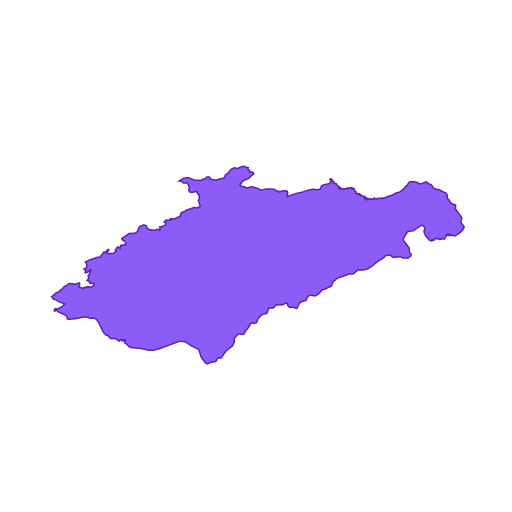 Khao Khitchakut, Chanthaburi, Thailand, rotated 76°
{"feature_id": "78962969B7346978747814", "entity_name": "Khao Khitchakut", "entity_type": "district", "adm_level": 2, "iso_a3": "THA", "parent_name": "Thailand", "parent_adm1": "Chanthaburi", "projection": "equal_earth", "projection_center": [102.068, 12.967], "detail": "fine", "context": "isolated", "style": "filled", "palette": "violet", "viewbox_px": 512, "rotation_deg": 76, "n_neighbors": 0, "source": "geoboundaries", "source_scale": "gbopen_adm2", "svg_char_len": 6106}
<svg xmlns="http://www.w3.org/2000/svg" viewBox="0 0 512 512"><g transform="rotate(76 256 256)"><path d="M164.6,312.4L165.7,310.0L167.8,308.5L168.0,306.6L168.9,305.2L170.6,304.4L172.1,304.5L173.7,303.9L175.8,305.5L177.7,304.9L178.5,303.8L179.0,302.1L178.7,299.8L179.0,298.1L181.3,297.6L182.2,297.0L182.6,296.2L183.5,296.7L186.3,296.9L188.1,298.5L193.8,298.1L194.4,298.5L195.1,301.8L194.0,304.0L193.8,305.1L194.3,307.3L194.5,312.0L195.7,314.6L195.7,317.7L196.6,318.2L197.4,319.4L198.8,319.6L199.1,320.3L200.3,326.6L199.5,328.3L199.8,328.8L199.2,330.1L200.0,330.0L200.6,330.7L199.4,333.9L200.0,334.8L199.8,335.4L200.9,336.9L202.1,335.5L203.9,336.2L204.8,339.8L204.5,342.4L207.8,342.8L207.9,343.3L206.4,344.6L206.2,346.4L207.0,346.9L204.5,353.3L202.7,354.8L200.2,355.0L199.3,356.2L198.7,357.6L199.1,361.3L200.2,362.7L203.7,365.4L204.3,366.4L204.5,369.4L203.4,373.3L206.6,382.1L208.3,381.7L209.6,379.8L213.3,379.3L213.3,382.6L212.9,384.4L213.8,384.1L213.8,385.3L215.9,386.1L213.8,387.6L214.0,388.6L216.3,391.1L217.8,390.5L218.6,393.2L219.2,393.9L218.0,397.8L218.4,399.0L216.7,399.9L214.6,397.3L213.9,397.6L214.2,398.6L216.0,401.1L215.3,402.9L216.9,403.7L216.9,404.8L217.8,405.1L218.2,406.6L219.5,406.6L219.6,407.9L218.8,409.3L219.6,418.5L220.5,422.9L223.2,422.3L225.4,422.6L226.3,423.8L227.0,423.9L226.7,425.8L227.6,425.8L229.2,424.5L230.4,425.8L231.3,425.2L231.0,423.2L229.2,419.8L229.7,419.4L233.3,422.3L234.2,422.3L234.5,423.6L237.2,423.7L238.9,425.9L239.8,423.9L241.2,424.2L242.6,423.3L243.1,420.2L244.7,419.7L246.6,423.4L245.0,426.4L245.5,426.9L245.0,427.9L245.4,428.2L244.9,430.1L245.8,431.6L244.6,432.8L244.5,433.7L243.4,435.1L240.9,433.9L239.4,433.8L239.6,439.6L238.7,440.1L237.5,444.2L238.8,446.8L239.4,449.7L241.4,452.4L241.4,453.2L243.1,456.1L243.3,458.9L244.6,460.6L245.0,462.0L245.5,462.1L245.4,462.6L246.1,464.2L248.8,462.9L250.3,460.3L251.9,459.3L256.2,453.2L258.8,457.5L258.5,458.3L259.5,461.2L259.4,461.9L258.5,463.0L258.7,463.9L260.1,465.0L260.9,464.4L260.4,463.9L260.9,462.2L262.8,460.8L266.6,456.0L269.2,454.0L271.2,454.3L272.1,453.5L273.1,446.2L273.4,439.4L273.7,438.7L273.3,437.9L274.7,434.2L276.4,431.9L276.8,430.7L276.8,429.3L278.0,427.0L278.7,426.3L282.4,424.8L292.9,422.6L296.3,420.9L297.7,418.4L299.5,418.2L300.6,417.2L301.3,416.1L302.1,412.5L305.6,409.2L304.4,407.7L304.9,406.1L306.1,406.3L306.0,405.3L305.4,404.2L305.6,403.0L306.7,403.4L307.3,404.4L308.9,404.2L310.9,402.3L312.4,401.8L314.2,400.3L318.1,389.7L321.2,383.5L322.6,378.4L322.6,372.1L320.2,351.0L321.6,346.6L322.3,345.2L327.7,340.2L332.9,334.2L341.4,333.5L347.7,330.8L348.9,329.6L348.3,325.2L348.7,320.6L345.9,318.0L345.7,317.0L346.5,315.2L346.3,314.3L340.7,307.9L337.6,300.6L334.4,298.0L330.6,296.9L327.8,292.7L327.5,290.8L328.7,288.6L328.7,286.4L325.7,283.6L322.7,279.6L320.1,277.5L320.0,276.6L321.0,273.6L320.8,271.6L317.0,268.9L315.5,266.6L314.1,263.4L314.4,260.5L313.9,258.9L310.2,256.5L309.7,255.6L310.4,253.0L310.4,251.3L308.2,248.2L309.0,246.3L308.9,244.7L309.9,242.5L308.8,238.0L309.5,237.2L312.1,237.0L314.0,235.9L314.5,232.6L316.8,229.2L312.1,225.0L311.3,222.6L311.3,218.1L308.3,216.0L307.3,214.4L307.2,212.1L308.9,208.9L309.0,207.7L308.0,204.7L304.8,199.7L304.8,196.7L303.8,192.7L303.7,190.4L299.8,187.6L297.2,182.2L296.6,174.4L295.9,170.3L296.7,167.0L296.7,165.4L295.0,162.3L294.3,160.2L295.5,155.3L295.5,150.8L293.6,145.2L290.6,138.9L288.5,132.3L287.0,130.1L287.2,126.7L287.9,125.4L290.6,123.2L291.5,116.2L293.8,113.5L293.9,111.1L295.1,109.3L294.2,108.4L293.5,105.8L292.1,105.0L288.9,106.4L286.6,105.5L284.9,105.6L276.6,109.1L275.3,109.3L269.0,103.0L269.5,97.0L266.4,89.0L266.3,87.0L269.4,85.3L273.2,87.2L277.3,86.5L279.5,85.6L279.9,84.5L281.0,84.7L282.2,84.2L284.0,82.0L283.7,80.2L283.0,80.6L283.4,78.7L282.5,78.3L282.4,77.5L283.5,75.5L283.2,74.3L284.2,74.2L284.5,73.5L284.6,71.8L284.0,70.7L285.2,69.3L283.9,68.1L283.4,67.1L281.8,66.8L282.0,66.1L281.4,65.4L282.3,64.9L281.1,64.0L281.9,63.4L283.0,63.4L282.2,62.0L283.5,61.5L283.4,60.1L284.7,58.2L283.1,53.2L281.1,49.6L279.5,47.9L278.2,47.0L272.6,49.1L268.6,47.0L258.5,51.1L254.7,50.0L253.3,52.5L251.5,54.2L248.2,55.2L246.6,56.4L243.6,55.7L241.3,56.2L236.2,62.0L233.9,66.6L233.2,67.3L229.3,68.6L227.6,71.2L225.2,72.7L225.9,78.0L225.8,79.7L224.3,80.9L222.2,84.4L221.2,88.5L221.7,90.0L223.4,91.6L227.5,98.0L228.7,101.0L228.7,105.0L229.9,109.0L230.1,114.0L230.7,116.2L230.4,117.4L231.0,119.4L230.6,120.4L230.2,120.3L230.6,120.9L229.6,122.8L229.6,124.7L230.2,125.3L229.3,126.5L229.2,127.3L228.8,127.0L228.3,127.3L229.2,128.2L229.1,129.5L228.4,130.0L228.9,130.6L227.9,131.9L228.3,132.8L227.4,133.3L227.8,134.0L227.4,133.8L226.9,134.3L227.2,136.3L226.7,136.5L226.5,136.0L226.1,136.5L225.8,135.3L225.1,135.8L225.0,136.5L224.5,136.2L223.3,139.0L222.9,138.8L222.5,139.8L221.6,139.6L221.2,141.7L220.5,141.1L219.7,143.0L219.9,143.6L218.8,143.9L217.9,143.5L217.4,144.5L214.7,144.4L214.7,145.2L213.7,145.4L213.9,146.4L213.4,146.3L213.3,147.0L212.8,146.9L212.5,149.0L212.8,150.4L212.1,150.6L212.6,152.5L212.1,153.8L212.3,154.4L211.8,155.3L212.2,156.6L211.7,157.5L211.4,157.1L210.7,158.4L210.2,157.7L210.0,159.3L209.2,158.6L207.8,159.2L207.8,159.9L205.2,160.6L203.8,163.5L202.6,162.5L201.3,164.0L199.9,163.8L199.2,165.4L199.4,165.8L200.9,164.9L203.2,166.6L203.5,167.1L203.4,174.2L204.0,175.7L206.2,177.0L206.8,178.9L206.6,180.5L205.0,184.4L204.8,189.2L205.3,196.4L205.1,201.2L205.9,211.4L202.4,209.9L200.4,210.1L200.4,211.3L199.7,211.8L199.6,213.3L199.1,214.3L199.6,218.0L198.7,218.1L197.5,221.1L195.9,221.8L194.5,225.6L193.4,230.4L193.4,235.4L191.3,237.1L188.9,241.5L187.8,242.7L187.8,248.7L186.0,250.2L185.9,251.1L183.8,254.6L182.3,253.7L182.2,252.9L181.3,252.6L179.8,249.9L178.9,244.1L176.5,240.2L176.3,239.0L175.0,238.2L173.6,239.3L173.2,241.9L171.3,241.4L170.8,242.5L169.5,242.8L168.5,242.1L166.9,245.3L166.2,245.4L165.8,248.5L166.6,252.8L165.1,255.8L165.8,258.8L166.3,260.0L168.4,262.2L170.0,266.2L172.3,267.5L172.8,270.9L172.4,273.1L172.9,276.1L170.3,281.9L168.5,281.8L167.6,283.1L167.6,285.0L169.0,286.7L168.5,288.9L169.3,290.1L169.3,291.3L167.4,297.5L163.9,302.2L163.3,303.8L163.1,307.4L164.6,312.4Z" fill="#8b5cf6" stroke="#5b21b6" stroke-width="1.5"/></g></svg>